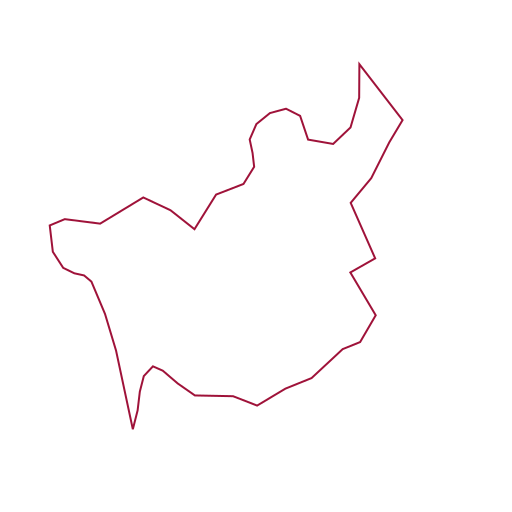 an SVG outline of Jomala, rotated 158°
{"feature_id": "ALD-4810", "entity_name": "Jomala", "entity_type": "state/province", "adm_level": 1, "iso_a3": "ALA", "parent_name": "Aland", "parent_adm1": "", "projection": "mercator", "projection_center": [19.918, 60.13], "detail": "fine", "context": "isolated", "style": "outline", "palette": "rose", "viewbox_px": 512, "rotation_deg": 158, "n_neighbors": 0, "source": "natural_earth", "source_scale": "10m", "svg_char_len": 751}
<svg xmlns="http://www.w3.org/2000/svg" viewBox="0 0 512 512"><g transform="rotate(158 256 256)"><path d="M270.0,327.9L240.6,327.5L224.3,339.4L220.6,352.8L218.2,366.4L206.2,378.2L189.5,383.3L173.0,381.3L162.6,369.4L164.1,344.4L142.5,331.0L120.2,339.8L101.1,364.0L88.3,395.1L69.2,327.1L89.8,311.5L120.0,285.0L148.3,269.8L146.4,209.2L174.7,205.4L167.2,156.2L191.7,137.2L210.5,137.2L250.2,122.0L278.4,122.0L311.0,116.9L329.8,134.6L364.9,149.6L376.3,167.1L385.4,184.6L392.9,192.3L405.0,186.7L414.5,173.8L423.6,157.2L435.1,141.5L421.2,220.7L417.7,258.8L418.2,293.9L422.7,302.4L430.9,308.0L439.2,317.2L442.8,336.0L435.8,361.6L419.5,361.8L388.4,344.4L338.6,352.5L318.1,330.4L303.0,303.9L270.0,327.9Z" fill="none" stroke="#9f1239" stroke-width="2"/></g></svg>